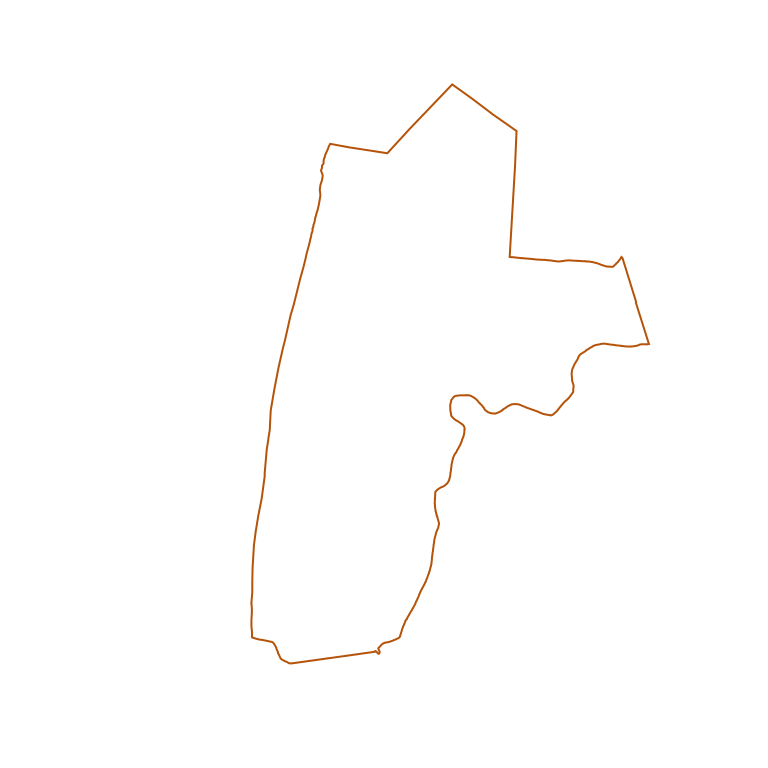 outline of Zavala, Inhambane, Mozambique, rotated 127°
{"feature_id": "85939544B42929876675904", "entity_name": "Zavala", "entity_type": "district", "adm_level": 2, "iso_a3": "MOZ", "parent_name": "Mozambique", "parent_adm1": "Inhambane", "projection": "equal_earth", "projection_center": [34.683, -24.662], "detail": "fine", "context": "isolated", "style": "outline", "palette": "amber", "viewbox_px": 768, "rotation_deg": 127, "n_neighbors": 0, "source": "geoboundaries", "source_scale": "gbopen_adm2", "svg_char_len": 6118}
<svg xmlns="http://www.w3.org/2000/svg" viewBox="0 0 768 768"><g transform="rotate(127 384 384)"><path d="M192.6,196.5L167.4,231.9L166.7,232.1L139.9,269.3L139.7,270.8L140.8,270.7L141.4,270.5L142.6,270.6L146.0,270.6L147.6,271.0L148.8,271.0L149.4,271.2L152.3,271.6L152.9,272.0L154.1,273.9L154.5,274.2L155.2,275.4L155.4,276.0L155.9,276.3L156.5,277.7L157.8,281.4L159.5,287.2L160.2,288.5L161.0,290.6L162.8,293.9L163.3,294.6L163.6,295.3L164.2,295.8L164.5,296.7L165.0,297.1L165.2,297.8L166.1,298.8L168.6,302.8L169.1,303.1L169.3,303.9L169.8,304.4L174.0,310.8L176.1,313.2L177.4,314.4L180.8,317.9L182.0,319.7L183.2,321.9L183.7,322.6L184.4,324.3L185.3,325.5L185.5,326.2L186.1,326.9L187.9,329.9L188.2,330.6L188.7,331.1L192.6,336.8L193.7,338.6L194.0,339.4L194.8,340.4L195.7,342.1L196.3,342.9L198.3,346.2L199.2,347.3L199.4,347.9L200.0,349.0L200.4,349.3L200.9,350.4L201.3,350.7L201.6,351.4L204.5,356.2L204.7,356.8L205.6,357.9L206.9,360.1L130.5,410.9L102.2,430.4L103.2,459.3L103.1,484.9L103.7,509.8L165.4,517.1L197.7,520.2L216.1,554.5L224.6,571.5L227.8,571.0L229.1,570.5L229.6,570.4L230.3,570.2L236.4,568.8L238.4,567.9L240.5,567.4L242.7,566.2L244.2,565.0L246.9,564.9L249.3,563.3L250.6,563.1L251.6,562.6L253.7,559.2L254.7,558.2L257.1,556.9L259.2,555.9L261.6,555.2L263.6,554.4L267.8,552.0L269.0,550.7L271.8,548.2L279.5,544.2L285.1,541.7L289.0,540.4L290.6,539.5L292.3,539.1L296.8,536.8L299.8,535.9L300.8,535.1L303.1,534.6L303.4,534.1L305.0,533.1L308.0,532.2L310.4,530.8L312.9,530.0L313.1,529.7L318.8,527.3L326.6,524.2L332.0,521.7L339.3,518.6L349.6,514.6L374.8,503.9L385.7,499.8L409.1,489.2L415.5,486.6L434.4,478.1L454.2,468.4L473.2,458.6L489.6,447.5L495.9,444.2L498.5,442.7L506.9,438.2L527.4,425.4L529.4,423.8L549.2,412.7L564.5,405.3L578.8,397.8L592.0,390.3L592.0,390.2L609.8,378.4L620.9,370.4L629.7,363.8L639.2,357.8L639.2,357.6L643.7,353.7L647.2,351.2L651.8,348.2L657.6,343.8L662.1,339.6L665.3,337.4L665.8,336.8L664.2,332.3L663.8,331.7L663.6,330.8L663.2,330.3L663.1,329.7L661.5,326.9L660.0,323.8L659.8,323.2L659.4,322.7L658.1,319.5L657.6,318.8L657.3,317.5L657.4,316.2L658.7,312.9L659.7,311.0L660.2,310.5L662.0,307.3L662.6,306.9L662.9,306.1L665.4,301.4L665.5,300.1L665.2,297.6L664.9,296.3L664.7,295.1L664.4,294.2L664.2,292.2L663.8,291.0L663.3,290.6L663.0,289.9L603.4,230.2L603.2,230.5L602.6,230.3L602.4,229.9L602.3,229.2L602.4,228.4L602.9,226.7L602.6,225.8L601.7,225.7L600.7,226.1L599.9,227.1L599.4,228.5L598.4,229.5L593.1,229.0L590.4,227.9L590.2,227.4L589.7,227.2L588.8,226.5L587.8,225.3L587.2,225.1L585.9,223.9L584.9,223.4L583.4,222.3L582.2,221.8L581.7,221.3L579.4,220.2L578.2,219.4L576.4,219.2L574.0,220.1L573.6,220.1L572.6,220.6L571.0,221.1L568.0,222.3L567.5,222.3L565.8,222.9L564.2,223.1L563.8,223.4L563.2,223.4L562.1,223.8L561.1,224.0L560.1,224.5L559.0,224.5L558.4,224.2L555.9,224.8L553.5,225.0L553.0,225.2L547.9,225.7L540.8,226.7L538.7,227.4L537.8,227.4L537.3,227.6L535.8,227.8L535.3,228.1L533.6,228.3L530.8,229.2L529.1,229.5L528.6,229.8L528.0,229.8L526.4,230.2L525.2,230.3L524.7,230.5L521.8,230.8L521.3,231.0L520.0,231.1L517.1,231.8L516.2,231.8L515.1,232.3L512.5,232.9L509.1,234.1L508.4,234.1L506.7,234.9L506.1,234.9L502.3,236.6L501.9,236.6L498.3,238.3L497.7,238.8L495.5,240.0L494.9,240.5L492.1,242.2L491.5,242.4L489.7,243.6L487.6,244.5L487.1,245.0L484.6,246.3L483.1,247.3L480.3,248.7L478.4,249.9L475.2,251.3L473.6,251.9L471.2,253.0L470.6,253.0L469.1,253.6L468.4,253.6L466.9,254.1L466.3,254.1L464.3,255.2L462.9,255.6L462.3,256.1L460.7,258.0L458.6,260.9L458.0,261.4L457.8,262.2L457.2,262.6L457.0,263.2L456.5,263.5L456.3,264.1L455.8,264.4L455.4,265.1L455.0,265.4L454.8,266.0L453.6,267.0L451.7,269.1L450.4,270.1L450.1,270.6L449.2,271.1L448.8,271.7L446.8,273.0L446.3,273.4L445.3,273.9L444.8,274.5L443.3,275.3L439.9,277.7L438.7,278.1L436.1,277.7L432.2,276.3L431.7,275.9L430.8,275.3L428.1,274.2L427.4,274.2L425.5,273.7L422.7,273.9L422.2,274.1L421.7,274.1L420.0,274.9L419.6,274.9L417.9,275.6L417.3,276.1L415.8,276.8L414.9,277.5L412.7,278.5L411.3,279.5L409.2,280.5L408.6,281.1L404.3,283.1L400.9,284.5L397.9,285.2L394.4,285.3L392.6,285.8L391.4,285.8L389.2,286.2L386.6,286.5L386.0,286.8L385.4,286.8L384.9,287.1L384.3,287.1L382.9,287.5L381.1,288.3L380.6,288.3L379.3,288.7L378.6,288.7L377.8,289.2L377.3,289.3L375.3,290.2L372.9,291.6L372.5,292.1L371.3,292.5L369.9,294.2L369.3,295.8L369.1,296.4L369.3,302.1L369.4,303.5L369.6,304.2L369.7,306.6L369.2,310.4L368.5,311.6L368.0,311.9L367.8,312.4L367.2,312.8L365.6,314.7L363.8,316.1L363.5,316.6L362.5,317.2L361.4,318.2L359.8,319.0L356.0,320.6L352.3,320.5L350.6,319.8L349.3,318.6L349.0,318.2L347.4,316.6L344.2,312.4L343.8,312.1L343.6,311.4L343.0,311.1L342.7,310.3L342.3,310.0L341.6,308.7L341.2,307.4L340.7,304.0L340.7,301.9L340.9,300.2L340.9,299.6L341.7,296.9L341.6,296.3L342.0,294.8L342.0,294.1L342.3,292.3L342.8,291.1L342.8,290.4L343.7,288.3L343.9,287.7L343.9,283.9L343.4,282.1L342.5,280.1L340.7,277.4L340.1,277.0L339.2,276.5L338.8,276.1L337.7,275.4L334.2,273.8L333.6,273.9L332.7,273.4L332.1,273.5L330.0,272.5L329.5,272.5L326.6,271.5L325.9,271.0L324.8,270.5L324.2,270.1L323.6,269.9L322.6,269.0L320.6,266.5L319.4,264.5L318.8,262.8L318.3,261.0L318.3,260.4L317.5,258.0L317.3,256.7L313.5,244.6L313.1,243.1L313.1,242.5L312.1,239.0L311.6,237.6L311.2,237.1L310.7,235.8L309.4,233.5L308.9,232.2L308.5,232.0L308.1,231.3L306.2,230.5L301.4,229.6L295.3,229.5L289.7,229.1L286.0,228.3L285.0,228.3L284.6,228.0L280.2,228.0L276.7,228.1L276.2,228.3L274.2,229.8L271.9,231.0L270.5,232.4L268.6,235.2L267.0,236.7L262.7,240.5L259.4,242.3L258.2,242.7L256.5,243.0L254.0,243.7L247.7,244.3L244.4,245.2L242.6,245.1L242.2,244.9L241.7,244.9L236.3,242.8L235.6,242.9L232.3,241.5L231.7,241.5L229.3,240.3L227.0,239.5L226.6,239.0L225.6,238.5L224.6,237.5L223.8,236.9L222.8,235.8L221.7,235.1L220.4,233.8L218.4,231.1L218.0,229.9L217.6,229.6L217.0,228.3L215.0,224.8L214.5,224.2L213.6,222.2L211.1,218.2L210.9,217.4L210.4,217.0L210.2,216.3L209.8,215.9L209.3,214.7L208.5,213.7L208.2,213.1L207.4,211.9L206.6,211.0L206.4,210.4L204.3,208.0L202.7,206.5L201.4,205.2L200.3,204.4L198.9,203.7L198.4,203.2L197.4,202.4L194.9,199.1L194.5,198.3L194.1,198.1L193.7,197.4L193.0,197.0L192.6,196.5Z" fill="none" stroke="#b45309" stroke-width="2"/></g></svg>